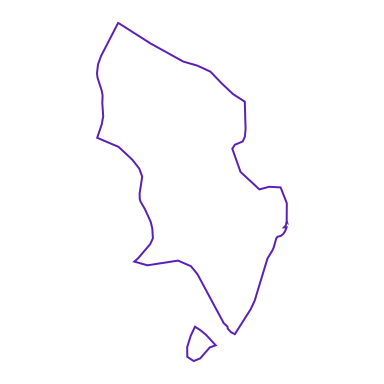 Pedernales, Natural Earth projection
{"feature_id": "DOM-1973", "entity_name": "Pedernales", "entity_type": "Province", "adm_level": 1, "iso_a3": "DOM", "parent_name": "Dominican Republic", "parent_adm1": "", "projection": "natural_earth1", "projection_center": [-71.507, 17.919], "detail": "fine", "context": "isolated", "style": "outline", "palette": "violet", "viewbox_px": 384, "rotation_deg": 0, "n_neighbors": 0, "source": "natural_earth", "source_scale": "10m", "svg_char_len": 1105}
<svg xmlns="http://www.w3.org/2000/svg" viewBox="0 0 384 384"><path d="M97.2,137.8L101.8,124.1L103.2,116.3L102.3,103.1L102.6,95.6L101.7,90.6L97.5,77.6L97.0,73.3L98.0,64.4L101.1,55.9L118.1,23.0L119.0,23.4L150.6,43.5L183.3,61.6L197.3,65.6L210.5,71.7L221.5,83.2L233.0,94.1L244.8,101.7L245.3,120.1L245.6,128.4L244.9,136.6L242.8,141.4L238.9,143.1L234.9,144.7L232.3,148.7L240.5,171.9L259.4,189.4L269.1,186.8L280.6,187.4L286.8,203.2L286.7,220.7L287.0,221.9L286.6,221.5L286.0,224.8L285.4,226.0L284.0,227.4L286.6,227.4L285.1,231.2L283.1,234.1L280.6,236.0L277.6,236.7L276.2,238.5L273.7,247.5L272.2,250.8L267.5,258.4L254.6,300.9L250.7,309.2L234.8,334.2L231.0,332.2L227.7,328.6L227.5,326.7L223.7,323.1L197.4,274.1L190.9,266.2L178.0,260.6L147.4,265.3L134.3,261.6L138.0,258.4L150.2,244.1L152.9,238.3L152.3,228.6L150.7,221.8L144.8,208.9L140.6,201.8L139.8,199.2L139.6,193.7L142.2,176.6L139.3,168.7L132.6,160.0L118.6,146.9L97.2,137.8ZM193.7,361.0L187.3,356.9L187.2,347.1L190.7,335.8L195.0,326.7L200.4,330.2L205.9,334.7L215.7,345.3L209.8,347.4L200.2,358.4L193.7,361.0Z" fill="none" stroke="#5b21b6" stroke-width="2"/></svg>